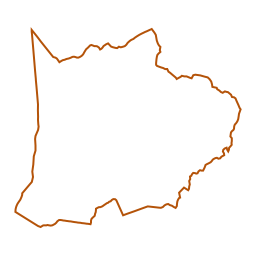 Paulo Afonso, Bahia, Brazil
{"feature_id": "56859067B73144667932966", "entity_name": "Paulo Afonso", "entity_type": "district", "adm_level": 2, "iso_a3": "BRA", "parent_name": "Brazil", "parent_adm1": "Bahia", "projection": "equal_earth", "projection_center": [-38.262, -9.532], "detail": "fine", "context": "isolated", "style": "outline", "palette": "amber", "viewbox_px": 256, "rotation_deg": 0, "n_neighbors": 0, "source": "geoboundaries", "source_scale": "gbopen_adm2", "svg_char_len": 3520}
<svg xmlns="http://www.w3.org/2000/svg" viewBox="0 0 256 256"><path d="M151.7,29.0L149.5,30.0L147.6,30.9L146.5,31.4L145.2,31.9L143.2,32.9L142.1,33.4L139.4,34.8L136.8,36.4L134.6,37.9L133.5,38.9L132.1,39.5L130.6,40.3L129.0,41.6L127.6,42.9L126.3,44.8L124.8,46.1L123.1,46.7L120.8,47.3L118.9,46.7L117.2,48.1L115.5,47.9L112.8,47.2L111.1,46.6L108.1,43.4L106.1,44.3L104.7,45.3L103.6,46.0L102.6,47.5L101.4,48.8L100.1,49.5L99.0,47.6L97.3,46.4L96.0,46.1L94.3,46.1L92.6,45.4L91.3,45.0L90.0,45.5L88.9,46.7L87.9,47.7L86.1,49.3L84.6,51.7L83.1,54.4L81.6,55.9L80.0,56.9L78.4,57.6L76.9,57.6L75.6,57.1L74.0,56.7L72.4,56.9L70.8,57.7L68.7,58.5L66.4,59.0L64.8,59.7L62.7,60.2L61.3,61.0L59.4,62.2L58.1,60.3L56.9,58.6L55.6,57.7L53.2,57.0L40.8,41.5L38.7,38.7L36.7,36.1L31.7,29.9L31.7,31.7L32.0,34.3L33.2,48.3L35.1,71.1L35.8,78.7L35.9,80.5L36.5,86.9L38.0,104.5L37.9,110.2L38.1,116.7L38.0,119.9L38.3,124.4L38.6,126.6L38.1,129.9L35.5,136.0L35.1,139.0L35.5,145.5L35.5,150.6L33.8,156.3L33.3,164.5L32.3,171.6L33.0,177.0L31.8,182.0L29.8,184.3L28.2,186.2L22.2,193.3L22.2,194.9L21.5,197.0L20.3,199.7L18.9,201.7L17.6,203.6L16.7,205.5L16.1,207.1L15.6,209.2L15.4,211.9L38.0,226.0L40.6,227.0L41.7,226.3L43.2,225.4L44.6,225.3L46.1,225.4L47.5,225.0L48.8,225.3L50.7,225.6L52.4,225.3L53.5,224.7L55.0,223.9L56.4,222.6L57.3,221.3L59.1,220.0L60.7,220.0L62.0,220.2L63.3,220.5L64.6,220.6L66.3,220.9L67.9,221.1L69.1,221.3L70.7,221.4L72.8,221.8L74.7,222.1L76.4,222.3L78.0,222.6L79.3,222.7L80.6,222.8L81.8,223.1L83.0,223.2L84.7,223.4L86.6,223.7L88.0,223.8L89.2,224.0L90.5,224.2L91.0,222.6L91.0,220.7L91.4,219.1L92.4,217.9L93.4,217.0L94.7,215.8L95.1,213.7L95.7,212.2L95.9,210.5L96.0,208.7L97.4,207.9L98.8,207.2L100.5,207.1L102.4,206.3L104.2,205.0L105.7,204.0L106.8,203.2L108.2,202.7L109.2,201.7L110.6,201.3L111.9,199.9L113.3,199.1L115.1,199.2L116.3,200.2L123.1,215.3L127.1,213.8L134.5,211.2L141.9,208.5L146.6,206.8L147.8,206.4L159.4,207.7L160.9,207.8L162.9,207.0L164.5,205.4L166.3,204.4L168.2,204.0L169.9,205.1L171.9,205.7L174.0,207.1L175.6,207.9L176.8,206.1L177.1,203.0L177.4,201.3L178.1,199.6L179.0,198.1L180.1,197.6L179.1,192.7L184.0,187.6L188.2,190.2L189.0,188.8L189.2,186.5L189.8,184.4L189.5,182.8L189.2,181.0L190.2,179.1L190.0,176.5L191.3,175.8L191.9,174.4L193.2,172.9L195.0,173.1L196.2,173.6L197.5,173.3L198.5,171.4L200.0,170.2L201.5,170.6L203.1,170.6L204.3,168.2L205.0,166.6L205.5,165.0L206.8,164.2L208.5,163.4L210.7,162.2L211.9,160.9L212.7,159.7L213.8,158.9L215.4,158.1L216.9,157.8L218.4,158.7L220.2,158.3L221.4,156.7L222.7,156.0L224.2,155.2L224.0,153.4L222.9,151.5L223.3,149.8L224.7,148.5L226.6,147.7L227.3,149.9L228.2,151.4L228.9,149.8L229.1,147.8L230.4,146.4L231.7,144.8L231.5,143.1L231.8,141.1L231.8,138.2L230.4,136.5L230.7,134.3L231.0,132.4L232.1,131.0L233.3,130.1L234.0,128.8L234.2,126.3L234.8,124.6L236.1,123.2L237.3,121.4L238.2,119.2L238.7,116.1L239.0,113.8L240.6,109.3L239.6,107.9L238.4,105.0L236.4,100.6L235.5,98.4L234.0,97.3L232.0,97.0L231.0,94.7L227.9,92.1L226.5,91.9L224.9,91.4L222.7,92.8L220.9,92.0L219.3,90.5L217.2,89.2L216.7,87.8L212.4,86.9L212.0,84.2L211.2,81.5L209.6,79.2L207.7,77.4L204.5,76.6L200.3,75.4L195.3,74.7L193.3,75.2L191.6,78.3L190.2,77.9L186.6,76.4L184.4,76.4L181.8,75.8L180.7,76.8L177.9,78.3L176.7,79.0L175.8,77.6L172.1,74.5L170.0,72.7L168.5,71.7L167.2,69.0L165.2,69.1L163.1,68.0L161.3,67.5L159.1,66.7L157.0,65.9L156.1,64.8L156.1,63.1L156.5,59.0L156.9,56.6L157.4,54.9L158.6,53.5L160.4,51.9L159.8,50.2L160.4,46.9L159.0,45.5L157.9,43.6L156.8,40.6L155.8,34.9L154.4,32.6L151.7,29.0Z" fill="none" stroke="#b45309" stroke-width="2"/></svg>